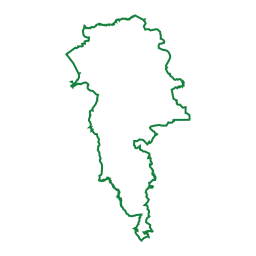 Jipijapa, Manabi, Ecuador
{"feature_id": "8360857B19905531919728", "entity_name": "Jipijapa", "entity_type": "district", "adm_level": 2, "iso_a3": "ECU", "parent_name": "Ecuador", "parent_adm1": "Manabi", "projection": "mercator", "projection_center": [-80.604, -1.518], "detail": "fine", "context": "isolated", "style": "outline", "palette": "green", "viewbox_px": 256, "rotation_deg": 0, "n_neighbors": 0, "source": "geoboundaries", "source_scale": "gbopen_adm2", "svg_char_len": 5786}
<svg xmlns="http://www.w3.org/2000/svg" viewBox="0 0 256 256"><path d="M157.3,29.3L155.7,29.3L150.3,30.4L148.8,29.1L145.1,29.5L143.8,26.2L145.6,23.6L145.0,21.8L144.0,20.9L144.6,19.5L143.2,19.8L135.0,15.4L133.9,16.0L133.6,16.7L132.6,16.4L131.7,17.5L131.2,17.3L130.5,18.3L129.5,18.6L129.7,19.0L129.1,19.5L128.7,19.2L127.7,19.6L127.4,19.2L126.0,19.2L125.9,18.8L125.4,19.1L124.0,18.5L123.0,18.9L122.3,18.6L121.6,19.2L120.1,19.5L119.6,20.2L119.5,19.7L118.5,19.4L117.9,20.0L117.0,19.6L115.8,20.7L116.0,21.5L115.6,21.2L115.3,22.1L114.0,23.1L114.0,24.0L113.3,24.0L113.4,24.7L112.4,24.9L110.0,24.4L109.2,25.0L109.1,24.6L107.6,24.5L106.6,25.0L105.9,26.1L106.0,25.1L105.1,25.4L104.1,24.7L103.2,25.1L101.1,24.4L100.3,24.7L100.4,24.0L98.7,23.8L98.0,24.5L96.4,24.8L95.9,25.9L93.7,27.3L91.8,27.0L91.1,27.2L90.5,28.2L89.5,27.9L88.6,28.3L86.8,27.8L86.2,28.2L85.1,26.4L84.8,26.6L84.4,26.1L84.0,28.4L82.9,30.9L83.4,34.5L83.9,35.7L85.0,36.7L87.3,37.5L89.0,37.5L88.7,40.5L88.2,41.0L87.1,40.7L84.7,41.4L84.9,43.7L83.6,43.5L82.1,43.9L82.8,45.1L82.6,46.3L78.1,46.4L78.2,47.2L77.2,47.8L76.4,48.1L75.4,47.7L66.4,54.2L73.3,63.2L78.6,73.6L80.1,73.2L80.6,73.6L80.1,73.2L78.7,73.9L79.1,77.0L78.0,79.6L77.2,79.9L75.7,82.4L74.4,83.6L73.9,83.6L73.7,84.6L72.9,84.6L72.3,85.3L71.3,85.6L71.4,86.4L72.3,86.4L72.7,87.0L72.9,86.1L74.2,86.0L74.4,85.3L75.6,85.1L76.1,84.2L78.0,84.1L78.3,83.6L78.8,84.0L80.4,83.9L80.8,84.2L83.2,83.0L85.8,82.4L88.1,84.0L88.4,85.2L87.8,85.5L87.6,87.9L88.4,89.3L90.0,90.4L93.1,91.1L96.3,94.5L98.0,94.9L97.4,96.7L97.4,98.4L97.0,98.9L97.4,100.1L95.4,104.6L92.6,108.2L92.4,109.0L92.7,110.5L91.8,110.2L90.0,111.1L89.8,112.8L90.5,115.1L90.3,115.8L89.9,115.8L90.0,116.8L89.1,118.7L89.0,120.6L90.2,122.3L90.9,124.8L90.5,126.4L89.5,127.3L91.1,127.2L90.7,127.8L91.3,128.8L92.7,129.5L92.6,129.8L91.9,129.7L92.4,130.0L92.3,130.5L91.4,130.1L91.3,131.1L91.9,130.8L92.7,131.2L94.6,133.8L97.0,134.2L97.3,136.5L99.0,139.3L98.3,142.2L99.0,142.8L99.4,144.6L99.2,145.6L98.1,146.5L98.3,148.3L97.7,149.7L99.4,152.7L99.5,155.6L100.7,158.6L99.8,159.9L99.9,161.1L101.8,164.1L102.1,166.6L101.7,173.6L101.1,174.8L99.4,175.7L99.8,177.8L99.0,180.3L99.5,180.6L100.0,180.0L101.0,181.0L101.9,181.0L102.4,180.3L103.4,180.9L103.9,180.7L103.8,179.9L104.8,180.2L105.0,179.5L107.0,179.2L107.2,177.7L108.2,177.7L108.8,178.4L109.5,178.5L109.1,179.0L110.1,180.0L109.8,180.1L110.1,180.5L109.7,180.9L109.9,181.8L110.5,181.6L110.4,182.4L111.0,182.4L112.2,184.5L112.9,184.7L112.9,185.5L113.5,185.9L113.0,186.3L113.1,186.8L113.8,187.4L114.2,187.2L114.6,188.4L115.5,188.5L116.5,189.8L117.0,189.5L117.5,190.0L118.3,189.8L118.3,190.5L119.3,191.4L119.4,192.0L118.5,191.8L118.5,193.1L118.9,193.9L118.5,194.2L118.8,194.6L118.3,195.3L118.5,195.7L117.9,196.0L118.3,196.3L117.8,196.7L118.4,196.8L118.0,197.3L118.3,197.7L119.3,197.9L119.5,198.5L120.3,198.4L119.9,199.2L121.1,199.2L121.3,200.2L120.3,200.5L121.2,201.9L120.5,202.6L121.0,203.7L120.8,204.4L121.3,204.6L121.3,205.2L120.9,205.2L121.3,206.4L122.6,207.4L123.3,209.1L125.2,210.7L126.6,213.7L128.3,214.5L128.9,215.7L132.5,216.3L133.6,215.6L135.2,215.6L136.3,215.0L141.4,214.5L141.3,215.0L140.4,215.2L140.3,217.2L139.9,217.1L139.3,217.9L139.5,220.7L138.4,222.7L138.5,224.1L138.1,224.2L136.4,227.3L134.3,228.5L137.4,229.5L137.5,230.9L135.5,230.4L135.8,231.4L135.4,232.3L136.5,234.4L138.8,236.7L139.3,238.4L141.4,240.6L143.7,238.2L145.2,237.4L147.9,236.4L148.6,236.8L148.0,234.5L146.4,233.4L144.6,233.7L143.7,232.3L144.8,232.3L146.0,231.7L146.3,232.0L146.5,231.5L147.3,231.9L147.3,231.3L148.4,231.4L149.0,230.9L152.1,231.6L152.5,231.3L149.9,227.3L150.2,224.9L146.1,222.3L146.3,219.6L147.2,217.9L149.4,216.5L148.6,215.3L148.6,213.2L149.1,212.3L148.8,210.3L147.5,209.3L147.8,207.6L147.2,205.7L146.7,205.3L144.7,205.1L147.4,202.4L148.8,199.7L146.3,196.8L147.0,195.4L146.3,192.9L145.7,192.4L146.1,190.7L146.6,189.6L147.8,188.8L148.4,187.6L152.3,187.7L152.9,186.5L152.3,186.0L149.3,186.3L149.5,184.9L149.1,182.9L150.2,182.6L152.7,180.1L155.1,180.0L155.3,179.1L154.8,178.9L155.5,178.3L155.5,177.7L154.7,177.7L154.4,177.2L155.1,177.1L155.2,176.5L154.5,175.7L154.3,174.8L153.9,174.9L154.0,174.4L153.0,174.5L153.1,174.1L152.4,173.8L152.7,173.3L152.4,172.6L153.3,171.8L153.0,170.3L152.5,170.2L152.2,169.1L150.4,167.3L149.8,165.3L149.9,164.3L151.2,164.6L152.0,163.8L151.3,161.9L150.6,161.3L150.6,158.1L150.4,157.7L148.2,158.1L148.7,156.4L149.6,155.4L149.3,153.6L144.7,151.4L143.2,151.5L141.7,150.1L140.4,149.9L140.0,149.2L139.9,146.0L137.3,148.2L135.5,148.1L134.8,145.9L134.1,145.5L134.2,141.0L137.3,141.1L139.6,139.4L143.2,140.0L147.4,144.4L149.2,141.7L150.0,143.0L151.4,141.9L153.2,137.7L154.3,136.8L155.1,135.0L156.6,134.8L157.1,134.2L154.9,132.9L154.0,131.4L153.0,131.1L150.4,128.7L150.0,127.7L150.7,126.6L154.6,125.6L159.5,125.0L161.7,125.6L166.4,125.6L168.4,122.4L169.4,122.8L172.2,122.5L173.3,121.5L173.3,120.5L174.1,120.7L174.2,119.9L189.3,119.8L189.6,118.0L189.4,115.1L186.7,113.2L185.6,113.0L185.6,107.2L182.7,107.7L180.0,104.7L178.0,104.7L176.7,103.7L177.0,102.4L176.3,101.3L176.7,100.4L173.5,98.8L171.7,89.7L174.0,88.6L175.1,87.4L175.8,87.3L177.3,88.2L178.0,86.9L178.5,86.7L179.0,87.1L179.2,86.6L180.0,87.0L180.2,86.4L181.3,86.5L182.2,85.8L182.4,86.1L182.5,85.5L183.6,85.6L183.5,83.7L183.3,83.4L182.9,83.6L182.7,83.0L183.7,82.4L182.9,81.3L182.3,81.4L182.4,80.7L181.5,80.6L180.8,79.5L179.6,79.0L177.8,79.7L176.9,79.1L175.6,79.8L174.2,79.5L172.3,77.2L170.1,75.6L170.0,74.7L169.4,74.3L169.7,73.8L168.0,73.2L165.8,68.9L167.0,67.5L166.1,66.6L165.9,65.8L169.7,58.9L170.2,56.6L170.0,55.0L168.5,52.1L166.9,50.7L165.2,50.1L163.2,50.0L158.7,47.9L158.7,45.3L159.2,44.3L159.8,43.7L161.9,43.6L163.2,42.8L163.9,42.9L164.3,41.6L163.5,40.2L161.6,38.8L160.7,38.8L160.8,34.9L160.3,34.1L160.1,31.8L157.3,29.3ZM72.3,82.0L72.0,81.5L71.2,81.8L72.1,82.3L72.3,82.0Z" fill="none" stroke="#15803d" stroke-width="2"/></svg>